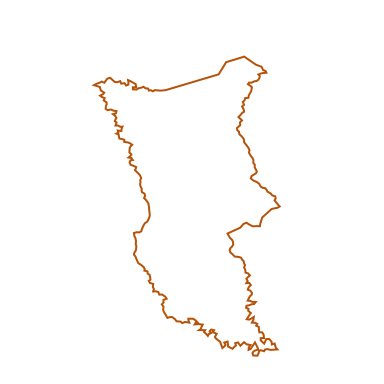 the district of Roncador, Paraná, Brazil, rotated 104°
{"feature_id": "56859067B4447919302568", "entity_name": "Roncador", "entity_type": "district", "adm_level": 2, "iso_a3": "BRA", "parent_name": "Brazil", "parent_adm1": "Paraná", "projection": "equal_earth", "projection_center": [-52.226, -24.572], "detail": "fine", "context": "isolated", "style": "outline", "palette": "amber", "viewbox_px": 384, "rotation_deg": 104, "n_neighbors": 0, "source": "geoboundaries", "source_scale": "gbopen_adm2", "svg_char_len": 4939}
<svg xmlns="http://www.w3.org/2000/svg" viewBox="0 0 384 384"><g transform="rotate(104 192 192)"><path d="M184.8,103.4L182.8,106.4L180.2,109.8L178.0,109.3L176.1,110.2L175.9,113.3L174.4,115.3L173.4,118.9L172.0,120.0L170.5,122.2L170.9,124.3L170.1,126.7L167.7,128.9L166.7,131.4L165.9,135.6L164.5,138.3L162.1,138.0L158.3,134.4L156.6,134.0L155.1,135.1L152.8,137.2L150.3,137.7L149.1,139.4L147.5,139.9L145.8,140.3L144.1,141.9L142.4,144.1L140.0,146.3L137.6,146.3L135.6,147.8L132.9,151.1L131.3,153.3L128.2,154.5L126.0,157.2L124.4,160.1L122.1,161.0L120.8,163.2L119.0,163.8L117.4,162.7L115.6,161.4L112.9,162.3L110.4,160.8L109.3,162.8L108.1,165.0L105.0,163.3L102.9,162.3L101.5,160.9L99.3,161.9L96.9,164.1L94.8,162.6L92.3,164.5L90.4,163.2L88.1,163.2L87.0,160.1L84.3,160.2L79.5,158.9L77.6,159.1L75.8,159.2L74.6,161.6L73.9,163.8L72.1,163.2L71.5,160.5L69.5,158.3L68.7,156.2L67.2,154.9L65.1,154.2L63.2,154.2L61.9,156.0L60.5,154.0L59.3,151.7L58.3,148.7L56.8,149.9L56.5,152.5L53.7,154.7L53.0,160.8L48.0,174.1L57.8,190.3L61.4,191.4L71.4,194.6L99.6,242.3L101.3,247.3L101.8,250.4L102.1,252.7L103.8,254.3L103.2,256.4L104.0,258.4L102.3,259.5L102.6,262.3L101.6,264.5L103.0,266.3L104.1,268.7L106.0,270.6L106.7,274.2L104.7,274.7L103.8,271.5L101.0,272.7L100.3,275.1L99.3,278.6L98.9,281.1L100.8,280.3L103.2,279.7L104.6,281.8L102.7,283.8L104.0,286.9L101.8,288.5L103.6,291.1L103.9,293.7L101.0,299.0L102.4,301.5L104.4,302.4L107.2,303.5L106.7,306.3L108.8,308.7L109.9,310.6L112.0,312.9L112.4,306.8L115.5,305.1L116.9,301.2L118.7,302.1L120.7,304.5L121.6,302.6L122.1,299.4L124.5,299.8L125.7,296.6L127.5,296.0L129.5,296.3L132.2,295.9L133.0,293.7L131.6,290.7L132.1,287.5L131.7,284.9L134.0,284.8L135.6,287.5L136.7,284.9L138.4,283.3L140.1,283.8L141.9,284.1L142.8,282.0L146.0,282.3L145.4,279.7L146.1,277.4L145.4,275.3L147.7,275.6L149.9,275.3L150.3,278.9L152.3,277.8L153.6,279.4L154.0,277.1L155.9,276.3L157.7,275.4L157.6,273.1L157.7,270.3L159.8,269.8L159.4,265.9L159.9,263.4L160.7,261.4L162.5,262.7L164.4,263.1L166.7,262.7L168.8,262.3L170.1,259.9L171.8,260.4L173.9,261.9L173.7,259.0L175.3,257.2L176.2,259.4L178.4,259.7L180.5,258.1L180.7,255.6L181.3,252.2L183.0,252.2L184.6,252.6L186.6,249.3L188.3,246.6L190.7,244.7L192.9,245.1L195.0,244.3L196.9,244.3L199.0,243.3L201.0,241.5L202.7,241.3L204.3,240.4L205.1,237.7L207.0,236.5L209.4,237.1L211.0,234.5L213.5,231.6L216.2,230.5L217.9,229.7L219.5,229.3L223.7,227.7L225.4,227.2L227.2,227.3L231.3,228.1L233.4,229.9L234.9,230.6L237.1,231.1L239.7,231.6L242.4,231.7L244.0,233.5L244.4,235.9L245.8,238.4L248.6,237.3L250.4,235.8L253.0,234.5L256.1,234.0L257.9,233.0L260.2,232.5L262.5,232.4L264.8,233.3L266.9,233.1L268.4,231.1L271.5,229.0L274.1,226.8L274.9,224.1L276.4,220.9L278.2,219.2L279.8,219.2L279.8,216.0L281.9,215.3L282.6,213.1L284.7,212.0L287.1,211.1L288.7,212.4L290.4,210.8L290.6,207.4L293.5,207.1L295.4,205.5L297.9,205.6L297.1,202.9L297.2,200.5L299.5,198.9L298.7,196.3L300.0,192.6L301.7,190.8L303.6,193.6L306.2,192.9L308.3,194.1L310.2,191.9L312.8,191.6L314.9,190.6L317.3,188.0L320.1,185.4L318.8,183.3L318.1,181.2L319.4,177.9L321.2,175.7L320.5,171.7L321.6,169.7L319.8,167.4L319.4,163.0L317.6,164.3L315.8,164.9L314.7,160.3L315.7,157.4L318.5,153.2L318.1,149.5L321.0,150.2L322.8,150.4L324.2,151.6L323.5,148.3L322.9,145.8L325.0,146.4L326.2,143.9L327.8,141.8L325.8,141.4L324.3,139.4L322.9,141.2L320.8,140.1L320.8,137.2L322.8,138.1L323.6,133.8L327.2,134.7L328.7,132.8L330.5,128.5L336.0,124.8L333.8,123.1L332.2,122.5L330.3,124.2L328.5,121.3L333.3,119.5L334.3,114.7L332.2,113.6L330.3,112.2L328.2,113.5L326.8,111.0L329.5,107.8L326.9,106.3L325.1,105.1L326.6,102.2L326.3,98.3L329.1,99.3L331.5,98.9L330.3,97.3L327.9,96.4L325.3,95.4L322.7,94.5L327.0,90.8L328.9,89.6L330.4,92.3L332.0,93.8L333.7,94.4L335.8,93.1L335.0,88.9L332.2,88.4L330.3,88.4L328.9,87.3L329.0,83.5L327.2,83.0L326.2,80.9L326.2,77.6L324.1,71.1L322.6,73.1L320.8,74.2L319.0,75.2L320.6,77.6L318.0,78.6L316.0,81.5L316.7,84.3L321.7,85.3L319.4,89.4L317.2,90.0L316.3,86.8L312.9,88.1L311.2,90.0L311.9,92.7L309.6,93.7L306.7,94.6L306.1,97.4L304.2,96.8L303.6,99.1L304.3,102.2L301.0,101.5L298.3,101.9L300.4,103.8L302.0,105.7L302.2,108.1L298.5,106.9L295.2,105.6L293.7,108.7L291.7,108.9L291.3,111.5L289.2,111.6L288.1,109.2L286.4,106.8L285.6,104.6L283.3,103.6L284.0,107.0L283.6,109.2L283.9,111.7L281.4,111.2L279.2,110.6L277.1,109.2L275.2,109.5L273.6,111.7L273.2,114.3L270.5,113.9L268.1,112.4L266.4,114.4L267.3,117.2L264.9,116.4L263.0,118.2L261.0,117.1L259.0,115.6L257.4,117.9L257.3,120.6L254.6,121.5L252.6,123.2L250.1,122.9L248.7,124.2L246.6,125.2L245.5,127.0L243.9,128.4L243.7,130.9L244.3,134.9L242.4,138.0L241.3,140.3L239.2,141.4L237.3,141.2L235.6,140.1L233.3,139.3L230.7,140.0L228.8,141.5L227.2,144.1L225.4,145.9L223.7,147.5L215.0,136.6L210.5,134.3L208.6,131.6L209.6,129.1L210.6,124.8L209.8,122.1L209.2,120.0L208.8,117.8L206.6,118.1L199.7,117.7L189.2,110.6L187.8,107.8L186.8,105.5L184.8,103.4ZM318.5,153.2L318.1,156.9L319.8,157.4L318.5,153.2Z" fill="none" stroke="#b45309" stroke-width="2"/></g></svg>